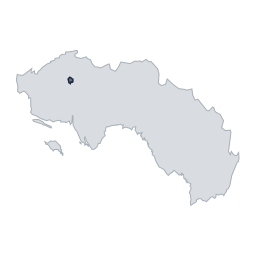 Götene, Västra Götaland, Sweden shown in context, rotated 88°
{"feature_id": "70781695B15977475092104", "entity_name": "Götene", "entity_type": "district", "adm_level": 2, "iso_a3": "SWE", "parent_name": "Sweden", "parent_adm1": "Västra Götaland", "projection": "natural_earth1", "projection_center": [13.545, 58.597], "detail": "fine", "context": "in_parent", "style": "filled", "palette": "slate", "viewbox_px": 256, "rotation_deg": 88, "n_neighbors": 0, "source": "geoboundaries", "source_scale": "gbopen_adm2", "svg_char_len": 4096}
<svg xmlns="http://www.w3.org/2000/svg" viewBox="0 0 256 256"><g transform="rotate(88 128 128)"><path d="M51.6,176.5L52.6,178.6L54.8,178.3L55.7,176.8L56.9,172.3L55.4,167.4L57.4,165.7L58.7,162.9L61.7,162.1L65.7,159.0L66.1,155.7L67.1,153.4L63.7,146.2L63.4,144.4L68.6,143.5L70.8,138.7L67.3,135.7L61.8,132.8L63.7,123.7L61.4,118.8L61.7,116.7L61.3,113.5L62.7,112.2L60.1,107.6L62.7,104.4L62.3,102.7L69.9,96.3L75.0,95.1L84.2,96.1L86.5,93.6L86.5,92.2L85.7,89.0L80.4,87.1L86.1,81.4L90.5,75.8L91.3,70.4L92.3,68.1L91.2,62.8L97.2,62.2L102.5,60.1L101.7,57.2L113.3,48.5L113.7,46.9L112.8,45.4L109.9,42.7L110.7,41.5L113.8,40.8L115.3,39.6L117.6,35.5L124.0,32.3L131.0,34.4L134.0,30.8L133.7,25.8L136.2,25.3L155.1,28.4L158.2,26.6L155.0,25.6L158.1,23.6L159.0,22.4L159.3,20.9L159.1,20.2L156.4,18.3L162.3,18.1L165.6,18.9L165.9,20.0L179.0,25.9L189.2,28.3L192.2,30.0L193.4,31.8L195.0,31.9L196.9,33.6L199.0,34.6L197.4,35.8L197.6,38.6L198.2,39.8L197.3,42.2L200.7,42.8L201.3,44.2L199.6,45.7L199.9,47.3L204.4,52.2L203.4,53.9L203.2,55.9L201.3,57.4L201.1,58.9L201.5,60.9L202.2,61.9L204.1,62.5L207.5,67.9L204.3,68.3L201.8,67.5L196.2,68.2L194.8,69.0L190.4,66.9L187.9,68.1L186.2,67.0L184.9,68.7L184.7,71.1L182.6,70.9L183.4,71.8L180.7,72.2L180.5,72.5L181.1,73.1L180.3,73.9L176.5,74.1L176.0,74.9L177.1,75.8L177.1,76.4L174.7,75.5L176.4,77.3L176.8,78.5L171.8,83.5L173.6,84.9L175.1,87.7L176.7,89.0L176.1,90.3L170.8,93.5L167.9,98.4L161.2,101.7L157.6,102.5L155.3,104.8L152.6,104.1L152.6,105.5L150.8,104.6L149.4,106.7L147.0,108.4L144.3,108.1L144.0,108.4L144.8,108.9L141.7,109.4L140.8,111.2L138.5,111.7L138.2,112.3L140.5,112.4L140.1,113.9L137.4,114.6L136.5,115.6L135.3,115.6L135.5,114.9L133.8,114.9L133.2,114.0L132.9,114.3L134.1,116.7L133.2,117.7L134.9,118.6L130.1,121.0L127.2,120.1L126.8,120.8L127.5,122.9L130.1,124.5L128.6,125.6L127.0,130.4L128.2,133.4L124.8,132.7L125.1,133.8L124.0,135.1L124.5,137.0L124.2,138.2L125.0,139.4L124.6,139.9L125.2,145.2L126.2,147.5L125.9,149.3L127.3,150.3L130.2,150.5L131.1,152.0L134.8,151.1L137.5,154.1L142.6,156.6L142.3,158.2L145.5,159.4L147.5,161.7L148.3,163.5L148.0,164.7L143.1,167.8L139.4,169.9L135.4,171.2L135.6,171.7L137.6,171.9L142.3,170.4L143.8,171.7L141.2,172.3L140.7,174.1L139.6,175.3L129.2,179.4L127.8,180.7L123.1,182.8L114.6,182.6L113.3,183.1L120.7,183.9L122.5,185.5L119.0,186.4L120.6,190.1L119.7,190.9L119.7,195.0L118.4,195.0L117.9,196.7L118.6,200.8L119.3,201.9L119.0,203.1L117.0,205.8L117.8,209.1L115.5,215.1L113.0,218.6L111.1,223.2L108.9,224.9L106.3,223.8L102.4,224.4L95.3,224.2L94.4,224.7L94.9,226.4L92.4,226.1L87.9,229.8L87.7,231.5L89.6,234.9L87.4,237.1L82.6,236.5L76.2,237.9L70.5,236.8L71.2,235.7L71.7,231.2L65.2,222.1L68.2,223.0L69.5,222.5L67.6,219.6L70.2,219.4L71.0,218.3L70.6,216.6L68.4,215.8L66.5,213.2L64.6,211.8L61.1,206.4L59.9,202.8L58.7,203.1L57.7,198.9L55.8,198.3L55.4,194.1L53.5,193.6L52.2,191.6L52.0,188.0L49.7,187.5L50.0,185.7L49.3,179.3L48.5,177.3L49.2,175.8L50.4,175.7L51.6,176.5ZM150.4,196.3L149.3,196.7L148.7,197.9L147.1,198.5L146.9,202.2L148.4,203.6L146.9,204.2L145.8,206.2L143.0,207.5L141.8,208.8L141.3,210.6L138.8,211.5L140.5,208.8L138.1,205.7L138.7,204.6L138.4,201.0L143.4,196.4L145.8,195.9L146.9,196.4L147.3,195.3L148.1,195.0L150.4,196.3ZM118.0,222.1L116.7,222.9L116.3,221.7L116.4,217.4L119.2,212.3L120.4,211.9L123.8,204.9L124.1,204.5L125.3,204.9L124.5,205.6L124.5,206.8L122.4,210.5L121.9,212.9L121.1,213.5L118.0,222.1ZM151.4,194.9L151.2,195.9L149.9,195.1L151.1,193.9L153.6,194.2L151.4,194.9ZM144.7,168.3L143.1,169.9L142.8,169.3L143.1,168.5L144.7,168.3ZM141.3,176.6L140.5,176.7L141.1,175.6L142.2,175.4L141.3,176.6Z" fill="#d9dde1" stroke="#a8b0b8" stroke-width="1"/><path d="M77.5,181.5L76.4,182.7L75.4,183.9L75.3,184.7L76.0,185.2L76.3,185.2L76.7,185.4L76.7,185.9L77.0,186.0L77.5,186.1L77.9,186.0L78.2,185.9L78.6,185.7L79.4,185.7L79.8,185.6L80.2,185.5L80.6,185.5L80.7,185.4L80.6,185.2L80.9,184.8L81.1,184.6L81.2,184.4L81.5,184.3L81.6,184.2L81.3,184.1L81.0,183.9L80.5,183.8L80.2,183.7L80.3,183.4L80.5,183.2L80.3,182.8L80.1,182.7L80.4,182.4L80.4,182.2L80.2,181.8L79.8,181.5L77.5,181.4L77.5,181.5L77.5,181.5Z" fill="#64748b" stroke="#1e293b" stroke-width="1.5"/></g></svg>